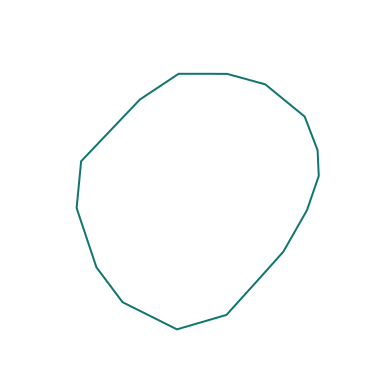 the district of Lukalaba, Kasaï-Oriental, Democratic Republic of the Congo, rotated 34°
{"feature_id": "63176286B63969135863157", "entity_name": "Lukalaba", "entity_type": "district", "adm_level": 2, "iso_a3": "COD", "parent_name": "Democratic Republic of the Congo", "parent_adm1": "Kasaï-Oriental", "projection": "equal_earth", "projection_center": [23.657, -6.482], "detail": "fine", "context": "isolated", "style": "outline", "palette": "teal", "viewbox_px": 384, "rotation_deg": 34, "n_neighbors": 0, "source": "geoboundaries", "source_scale": "gbopen_adm2", "svg_char_len": 362}
<svg xmlns="http://www.w3.org/2000/svg" viewBox="0 0 384 384"><g transform="rotate(34 192 192)"><path d="M154.9,74.5L114.8,101.5L97.1,144.4L82.9,228.5L105.3,269.8L154.9,307.9L196.1,322.2L256.3,314.3L289.3,274.6L296.3,225.4L301.1,190.4L297.5,142.8L288.1,107.8L272.8,87.2L243.3,66.5L192.6,61.8L154.9,74.5Z" fill="none" stroke="#0f766e" stroke-width="2"/></g></svg>